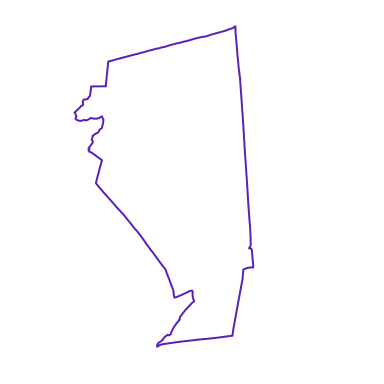 Obrejita, Vrancea, Romania (Robinson projection), rotated 343°
{"feature_id": "2599482B71493090324690", "entity_name": "Obrejita", "entity_type": "district", "adm_level": 2, "iso_a3": "ROU", "parent_name": "Romania", "parent_adm1": "Vrancea", "projection": "robinson", "projection_center": [27.083, 45.477], "detail": "fine", "context": "isolated", "style": "outline", "palette": "violet", "viewbox_px": 384, "rotation_deg": 343, "n_neighbors": 0, "source": "geoboundaries", "source_scale": "gbopen_adm2", "svg_char_len": 4459}
<svg xmlns="http://www.w3.org/2000/svg" viewBox="0 0 384 384"><g transform="rotate(343 192 192)"><path d="M281.9,46.5L281.4,46.4L280.9,46.3L280.8,46.7L280.8,47.1L280.4,47.1L279.7,47.1L278.8,47.1L277.1,47.2L274.4,47.3L272.4,47.5L270.9,47.5L263.3,47.3L258.0,47.2L254.9,47.1L254.0,47.3L249.7,47.2L249.2,47.2L247.8,46.8L247.0,46.7L245.7,46.6L243.4,46.4L239.5,46.2L237.7,46.2L235.8,46.1L234.2,46.2L230.4,46.0L228.1,45.8L225.0,45.8L223.3,45.7L222.6,45.6L221.1,45.4L219.4,45.4L215.3,45.2L211.5,45.2L211.1,45.2L210.2,45.2L209.8,45.2L208.8,45.2L206.4,45.0L204.6,44.8L203.2,44.9L202.4,44.9L199.2,44.5L197.6,44.5L195.4,44.4L193.7,44.4L191.7,44.2L188.8,44.2L186.9,44.2L185.0,44.1L183.5,44.0L182.4,44.0L181.3,44.0L173.8,43.6L166.7,43.3L150.1,42.8L147.7,48.4L145.3,54.0L142.2,61.4L140.5,65.7L126.5,61.6L123.8,67.5L122.7,70.0L122.4,70.4L120.9,71.1L119.7,72.4L119.1,72.6L118.6,72.6L117.8,72.4L116.8,72.2L116.3,72.1L115.7,72.0L115.2,72.2L114.6,72.8L114.1,73.4L113.9,74.1L113.8,74.7L113.7,75.2L113.6,76.0L113.5,76.4L113.1,77.0L112.9,77.2L111.4,77.2L110.6,77.8L107.3,79.5L103.0,81.6L103.2,82.0L103.4,82.6L103.4,83.3L103.4,84.0L103.4,84.3L103.4,84.5L103.5,84.9L103.6,85.4L103.5,85.8L103.3,86.1L103.2,86.4L102.8,86.8L102.3,87.2L102.1,87.6L102.2,88.2L102.6,88.7L103.1,89.7L104.0,90.2L104.6,90.6L105.2,91.0L105.8,91.3L107.1,91.5L108.6,91.6L109.5,91.5L110.3,91.7L111.1,92.3L111.6,92.4L112.1,92.6L112.8,92.6L113.7,92.4L115.2,92.1L116.0,91.8L116.5,91.7L117.1,91.8L117.9,92.2L119.1,92.9L120.1,93.3L122.0,93.9L123.0,94.1L124.1,94.1L125.3,93.9L127.5,93.5L128.0,93.4L128.0,93.7L128.0,94.2L128.1,95.0L128.4,96.4L128.5,96.8L128.1,97.7L127.8,98.5L127.3,99.7L127.0,100.4L126.6,101.0L126.0,101.8L125.8,102.2L125.7,102.5L125.4,103.1L125.1,103.7L124.5,104.3L123.9,104.8L122.9,105.1L122.2,105.1L121.8,105.4L121.1,106.2L120.7,106.7L120.1,107.3L119.4,107.7L118.9,107.7L118.3,107.8L117.8,107.9L117.3,107.9L117.1,108.0L116.9,108.1L116.1,108.4L114.7,108.8L113.6,109.2L113.2,109.5L113.0,110.2L112.9,110.7L112.5,111.2L112.0,111.7L111.7,112.2L111.5,112.6L111.5,113.0L111.6,113.5L111.9,114.2L111.9,114.8L111.7,115.4L111.5,115.7L111.1,116.1L110.6,116.4L109.2,117.5L106.7,119.3L106.4,119.5L105.8,120.1L106.4,121.2L105.2,122.1L105.6,123.4L106.6,124.2L107.4,125.0L108.1,125.8L109.4,127.4L111.3,130.0L114.4,134.2L115.2,135.3L113.6,137.8L111.1,141.7L109.8,143.8L107.7,147.3L106.6,149.0L102.7,155.4L103.9,158.6L107.4,166.7L110.7,173.9L111.7,175.9L115.7,184.9L120.3,194.5L122.2,199.3L123.9,203.5L125.9,208.7L126.7,210.9L127.6,212.3L128.3,214.1L130.4,219.8L132.2,225.0L133.6,229.7L134.5,231.7L135.6,235.6L136.7,237.7L137.4,240.0L140.2,248.1L142.5,254.6L143.7,257.4L144.2,259.4L144.1,260.7L144.1,262.0L144.4,265.7L144.6,267.6L144.8,271.3L144.9,272.9L145.0,275.8L145.2,277.2L145.3,278.2L145.3,280.9L144.7,283.9L144.3,287.4L144.8,288.0L147.3,287.9L149.8,287.6L152.0,287.4L154.0,287.1L157.7,286.6L160.9,286.0L163.0,286.3L163.3,286.5L163.5,287.4L163.1,288.7L162.7,289.6L162.1,292.4L162.0,293.8L162.0,295.3L162.2,296.7L162.0,297.1L158.9,298.5L155.5,300.4L151.1,303.0L147.1,305.7L143.8,308.3L143.3,309.5L142.3,310.5L142.5,310.7L139.0,312.9L137.5,314.2L135.8,315.3L134.9,316.2L133.7,317.4L132.4,318.8L131.2,320.0L130.6,321.0L130.4,321.5L129.8,321.9L128.6,322.2L127.4,322.1L126.9,321.5L125.0,322.0L123.1,322.9L120.7,324.7L119.1,325.6L118.1,325.8L116.2,326.3L114.8,327.4L114.7,327.4L114.5,327.6L113.9,328.2L113.8,328.5L113.6,329.7L113.9,329.7L114.0,329.7L115.2,329.4L116.5,329.0L117.0,328.9L118.7,328.9L120.6,329.1L124.0,329.7L131.4,330.8L135.0,331.4L139.1,332.1L147.0,333.6L153.8,334.8L158.2,335.7L163.0,336.7L167.6,337.6L171.7,338.4L178.2,339.5L181.4,340.0L187.8,341.1L188.1,341.1L188.6,341.2L189.9,338.5L191.2,335.7L194.6,329.1L204.4,310.1L215.0,289.8L218.4,281.2L222.0,280.8L223.7,281.0L224.8,281.1L226.0,281.2L226.8,281.5L227.4,281.7L227.8,281.8L228.1,282.0L228.5,282.0L229.0,280.3L232.3,264.7L232.1,263.8L231.8,263.3L231.5,263.1L231.1,263.0L230.6,262.9L230.3,262.7L230.2,262.4L230.5,262.0L230.9,261.8L231.2,261.6L231.8,261.1L232.3,260.4L232.9,259.2L233.0,258.8L233.9,255.4L234.6,253.2L234.7,252.6L235.1,251.3L235.2,250.6L235.3,250.3L235.9,247.8L236.0,247.5L237.2,242.9L237.7,240.6L238.7,235.8L241.5,223.6L243.0,217.1L246.1,204.4L250.6,185.2L252.3,177.9L253.1,174.3L253.9,170.7L255.6,163.8L257.4,156.2L259.0,149.6L262.2,136.2L265.2,123.2L267.7,112.3L270.2,101.4L271.2,97.2L271.9,93.0L273.1,86.1L274.4,80.0L275.8,72.9L277.4,65.8L279.1,57.9L280.2,52.4L281.9,46.5Z" fill="none" stroke="#5b21b6" stroke-width="2"/></g></svg>